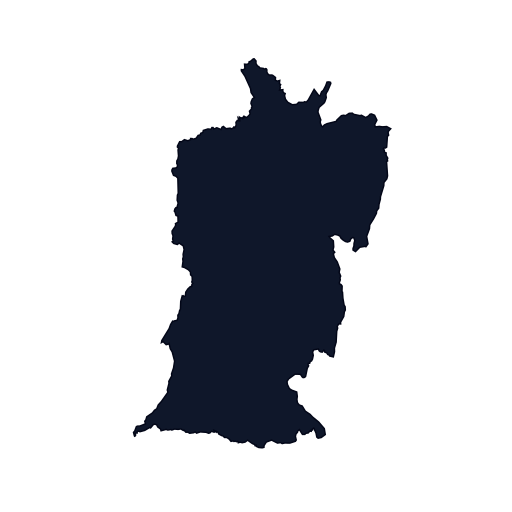 Mawlaik, Sagaing, Myanmar (orthographic projection), rotated 166°
{"feature_id": "60261553B47097675193132", "entity_name": "Mawlaik", "entity_type": "district", "adm_level": 2, "iso_a3": "MMR", "parent_name": "Myanmar", "parent_adm1": "Sagaing", "projection": "orthographic", "projection_center": [94.742, 23.948], "detail": "fine", "context": "isolated", "style": "filled", "palette": "ink", "viewbox_px": 512, "rotation_deg": 166, "n_neighbors": 0, "source": "geoboundaries", "source_scale": "gbopen_adm2", "svg_char_len": 6090}
<svg xmlns="http://www.w3.org/2000/svg" viewBox="0 0 512 512"><g transform="rotate(166 256 256)"><path d="M205.4,139.4L203.0,144.1L202.2,147.7L199.1,153.0L195.9,163.4L194.2,166.3L194.3,167.9L192.2,170.1L190.3,169.6L190.0,171.3L185.5,176.1L183.8,180.4L182.4,182.0L181.8,185.3L182.4,187.1L181.9,194.0L180.8,200.0L181.2,200.6L179.7,206.0L180.4,207.7L181.7,208.8L181.6,210.0L180.0,212.5L179.8,214.5L178.7,216.0L179.3,220.0L177.8,223.1L178.6,230.5L180.4,235.5L180.4,239.5L178.7,240.6L179.9,243.1L178.4,246.0L177.3,252.0L179.7,255.5L180.4,257.3L177.3,257.0L174.5,258.0L171.8,256.7L169.8,255.1L169.2,252.7L167.6,250.4L165.7,248.4L163.8,247.4L161.4,247.6L160.0,249.6L157.7,250.6L156.7,250.1L156.4,247.1L157.8,244.6L158.6,241.9L160.0,239.9L160.4,238.3L158.4,236.2L153.2,239.4L148.1,239.0L147.1,238.4L144.4,240.7L143.9,248.3L139.3,255.1L138.1,258.7L133.0,263.6L128.9,268.2L128.0,270.6L125.4,272.7L124.2,276.3L121.6,281.0L120.9,283.4L115.0,293.3L114.1,296.4L110.4,299.2L109.0,301.9L106.5,316.0L105.3,316.4L105.3,317.8L104.5,319.1L105.4,322.2L104.8,324.6L106.3,325.7L105.9,327.7L106.6,329.2L105.9,329.8L104.3,329.5L102.9,330.0L99.6,340.2L98.1,341.1L98.0,343.7L97.2,345.1L94.5,346.9L97.9,350.0L102.0,350.7L105.0,351.9L109.1,352.4L109.0,354.9L105.8,358.6L106.9,363.9L109.6,365.9L111.0,366.0L113.1,364.6L116.1,363.8L119.7,367.1L121.1,367.0L126.9,369.8L128.0,371.3L131.1,371.9L135.0,370.5L137.0,371.4L139.2,371.5L144.6,368.4L145.6,367.2L155.0,367.2L158.0,366.6L160.0,365.2L161.0,366.4L161.4,369.1L161.2,370.7L160.2,372.4L161.1,380.6L160.4,382.4L158.8,385.0L153.1,387.9L151.9,389.0L149.5,392.7L149.2,395.6L148.2,397.3L146.5,398.9L141.7,405.3L141.7,406.5L143.1,407.3L145.0,407.6L147.3,404.2L150.7,400.4L152.6,399.5L155.1,396.0L156.2,396.3L159.3,403.6L167.5,394.8L170.1,393.0L171.3,393.9L173.0,393.6L177.3,394.8L179.9,393.3L184.2,394.0L188.0,397.5L189.5,401.0L189.5,404.6L188.4,406.6L189.6,407.5L190.2,409.3L189.7,410.9L193.0,411.3L191.6,413.5L191.8,414.9L190.6,416.4L191.6,417.6L190.5,420.6L193.0,420.5L194.7,421.9L193.9,424.5L196.2,427.4L197.8,428.1L198.7,427.8L200.4,429.6L201.0,431.8L200.4,434.1L200.7,435.1L201.3,435.5L202.6,435.2L203.4,436.2L206.9,437.6L207.5,439.2L208.6,439.9L209.5,442.9L208.8,445.2L210.1,447.8L211.0,447.9L214.5,446.1L215.6,446.2L216.1,445.0L217.9,444.0L220.7,444.9L221.4,440.6L223.3,439.7L225.1,440.4L225.4,439.2L223.2,433.0L220.8,419.8L221.2,415.8L219.2,410.2L221.5,409.3L223.4,406.7L224.0,405.2L223.5,402.1L224.4,401.2L224.8,399.7L227.3,398.1L227.3,395.5L228.2,394.5L230.7,393.0L232.0,392.8L233.9,394.6L235.3,393.5L234.2,393.0L235.6,392.4L236.2,393.4L237.5,393.8L238.5,394.8L238.9,392.1L239.9,393.9L239.9,391.3L241.3,392.1L243.1,390.6L243.6,387.7L245.5,385.6L245.7,386.3L246.4,386.5L246.8,385.8L249.3,385.3L250.1,386.3L254.3,386.8L256.3,389.6L257.8,389.2L259.4,387.2L263.0,389.9L266.2,389.4L266.6,391.0L267.7,391.3L269.0,389.8L271.9,390.9L276.7,390.6L277.7,388.7L280.0,388.4L280.7,387.0L283.0,387.0L285.6,384.7L288.6,384.5L289.6,385.4L291.0,385.8L291.2,384.8L294.2,384.3L297.3,386.2L300.4,384.9L302.4,385.4L305.6,381.7L305.9,380.7L305.0,379.4L306.0,377.7L307.0,371.8L308.3,369.0L309.8,367.4L310.5,364.8L310.1,363.4L310.9,361.4L312.4,360.8L315.5,361.2L316.7,359.9L317.1,358.7L316.5,354.2L314.3,352.7L313.0,350.4L316.3,335.6L317.5,334.1L319.0,329.2L318.7,326.2L320.6,322.9L320.6,322.0L322.0,322.3L323.3,321.3L324.4,319.3L323.9,318.1L323.8,314.7L322.1,313.6L323.4,307.7L326.3,306.9L326.4,305.5L327.3,304.2L331.4,300.5L331.9,298.1L331.6,295.6L332.8,292.6L332.7,290.3L333.9,290.0L332.8,288.1L329.5,286.2L327.5,287.2L324.1,283.4L324.2,279.6L326.3,275.3L326.7,272.8L327.8,270.9L328.1,268.5L330.2,263.3L328.1,262.1L324.9,259.0L323.5,256.5L324.0,253.5L322.9,251.7L323.7,247.8L324.6,246.3L323.9,244.6L325.0,244.0L325.8,241.9L327.1,242.2L330.1,240.5L332.9,237.9L334.2,234.3L335.7,234.2L336.3,235.1L337.0,234.6L337.3,235.0L340.0,230.2L342.2,222.7L343.3,221.6L344.7,218.7L346.1,217.5L346.7,214.8L348.2,212.6L350.7,212.8L351.3,212.4L352.6,213.0L355.4,210.2L357.8,206.6L367.8,196.8L368.7,194.9L366.8,195.4L364.6,191.7L362.6,191.7L361.5,192.2L361.6,186.8L360.5,183.2L360.4,173.7L363.1,167.3L366.5,162.0L366.7,160.1L370.9,155.5L371.2,153.6L374.5,147.4L374.4,145.1L383.0,137.7L386.9,135.1L389.3,131.7L391.8,130.9L394.4,128.8L400.9,126.4L402.5,123.6L403.9,122.6L403.8,119.9L409.8,119.1L412.4,119.6L413.4,119.3L416.0,115.5L417.5,114.5L417.5,111.0L417.4,110.5L416.8,110.6L416.1,111.4L416.1,112.9L415.3,113.3L414.2,113.0L413.7,114.4L412.6,114.6L411.1,113.6L406.2,113.7L400.8,115.3L399.9,114.7L396.4,117.3L394.7,117.3L393.2,116.2L392.7,113.9L390.5,111.3L390.4,109.4L385.2,109.5L383.7,108.5L380.3,108.2L379.8,107.5L376.9,107.8L373.5,106.6L370.8,106.4L368.7,104.3L368.0,104.5L366.7,102.0L364.7,101.5L363.3,100.1L359.2,99.6L357.6,100.1L356.5,98.5L352.6,98.8L347.0,97.0L344.9,95.5L343.6,95.5L341.6,96.7L339.3,95.2L338.6,95.3L338.9,97.0L337.5,96.1L337.1,94.7L336.5,95.1L335.4,93.9L335.2,92.3L332.7,90.0L331.5,89.4L330.5,87.6L328.1,86.9L326.3,84.8L325.1,82.2L322.8,82.1L322.3,81.4L320.8,81.4L320.0,80.6L318.4,80.6L318.4,79.1L316.4,79.2L314.6,78.2L311.6,78.1L308.7,79.3L304.8,74.8L303.0,73.5L302.7,72.1L301.6,72.4L301.6,71.1L299.6,69.5L296.4,68.4L294.6,68.4L294.1,70.1L291.0,73.0L285.4,73.6L280.4,69.3L277.3,69.0L276.0,67.7L273.3,67.6L268.4,66.3L262.6,66.7L261.5,67.7L261.4,71.4L260.4,73.5L258.3,75.1L257.9,76.1L255.9,77.1L254.1,71.7L251.8,71.1L250.6,71.9L248.1,71.7L246.2,73.1L244.9,72.6L244.9,73.5L243.3,73.5L243.2,74.4L241.6,75.0L240.6,69.7L240.8,65.6L239.8,64.2L236.6,64.1L232.0,66.0L231.5,72.0L235.4,79.8L240.1,86.1L241.8,89.2L245.7,93.5L247.5,99.3L250.0,100.9L250.9,102.6L251.3,104.0L251.0,107.0L249.9,109.8L249.4,114.2L253.8,117.2L255.7,119.3L256.6,123.7L256.3,126.7L254.2,128.8L246.7,131.9L242.2,130.7L241.3,130.0L240.4,127.4L239.7,126.6L238.2,126.5L237.0,127.2L233.4,134.7L231.5,136.7L231.8,137.9L231.3,139.2L229.9,138.9L228.8,140.7L227.6,140.7L226.2,142.2L224.5,145.7L224.3,149.1L222.8,151.0L218.0,150.7L217.6,148.6L216.7,147.5L215.0,146.7L213.0,148.3L212.4,147.8L212.6,146.2L210.8,144.9L210.2,143.1L209.1,142.3L208.7,141.1L205.4,139.4Z" fill="#0f172a" stroke="#020617" stroke-width="1.5"/></g></svg>